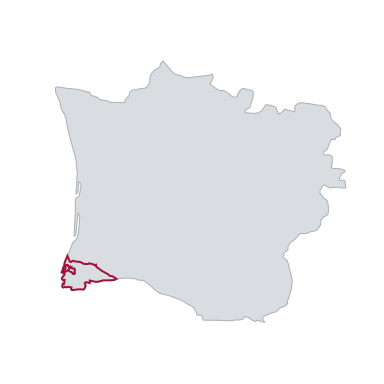 where Sud-Comoé sits in Ivory Coast, rotated 99°
{"feature_id": "CIV-3462", "entity_name": "Sud-Comoé", "entity_type": "Region", "adm_level": 1, "iso_a3": "CIV", "parent_name": "Ivory Coast", "parent_adm1": "", "projection": "natural_earth1", "projection_center": [-3.177, 5.67], "detail": "fine", "context": "in_parent", "style": "outline", "palette": "rose", "viewbox_px": 384, "rotation_deg": 99, "n_neighbors": 0, "source": "natural_earth", "source_scale": "10m", "svg_char_len": 5960}
<svg xmlns="http://www.w3.org/2000/svg" viewBox="0 0 384 384"><g transform="rotate(99 192 192)"><path d="M92.9,67.4L94.1,67.3L97.2,66.3L100.1,63.9L102.8,58.8L106.4,54.8L110.4,55.1L111.6,54.3L113.0,54.2L114.7,56.9L116.4,58.9L117.6,58.9L118.5,62.8L125.9,64.4L129.0,65.4L131.7,68.2L132.6,68.3L133.7,67.7L134.6,66.7L134.8,65.7L133.6,63.1L134.2,60.9L135.4,58.8L137.3,58.7L140.1,58.1L143.4,58.1L145.8,58.5L146.8,56.5L145.9,50.8L146.2,47.6L146.6,45.0L147.5,43.9L151.1,47.2L154.5,48.4L156.9,48.5L157.5,47.9L156.5,44.3L156.8,43.2L157.7,42.5L159.3,42.2L163.5,40.7L164.0,41.0L164.8,46.7L164.4,48.6L165.3,52.5L166.4,56.1L166.3,57.5L165.4,59.8L164.3,61.8L164.4,62.7L166.1,64.1L169.3,65.5L172.7,65.8L174.6,63.7L176.5,62.0L177.9,60.5L178.4,58.2L180.5,56.6L186.6,54.5L192.2,54.2L193.6,54.9L196.1,58.0L199.3,60.2L204.2,59.9L207.8,61.2L210.9,63.6L212.9,69.0L215.2,72.9L216.1,78.4L219.7,81.3L222.5,82.6L226.3,86.7L230.2,88.7L234.2,88.2L236.1,90.3L239.1,91.8L242.2,91.9L244.8,87.3L248.3,85.5L257.2,81.8L260.7,80.1L264.3,79.0L272.8,78.7L280.8,79.8L284.7,80.7L287.4,80.1L290.0,82.3L292.7,86.9L294.8,88.4L297.1,90.0L298.7,93.6L300.6,97.2L301.7,98.8L304.1,102.4L306.1,102.4L308.1,100.9L309.0,99.7L309.4,102.1L308.6,105.9L308.8,108.3L309.9,109.2L309.3,112.2L306.9,117.4L306.9,120.5L309.2,121.4L310.9,124.7L311.9,130.2L312.9,132.1L313.0,133.2L314.7,146.7L316.8,160.2L315.5,161.9L313.6,162.5L312.5,163.1L312.1,164.3L312.9,166.2L312.4,167.9L310.1,169.0L305.2,173.3L304.8,175.0L303.5,178.7L302.4,180.9L300.8,185.1L298.3,196.0L297.3,205.1L297.2,207.9L296.2,209.8L295.0,212.6L289.7,220.4L286.9,226.7L287.3,229.5L287.4,232.3L286.6,234.3L286.8,239.6L287.4,244.1L288.4,248.5L292.3,261.0L294.3,268.6L295.6,274.7L296.7,278.8L297.7,280.4L298.1,282.0L303.9,283.1L305.0,284.0L306.6,292.0L306.3,295.6L305.2,296.9L305.3,300.0L305.0,303.8L304.1,305.3L300.9,305.4L298.7,306.9L295.8,306.3L295.5,305.4L294.0,305.0L289.7,302.9L290.4,296.0L288.4,295.7L286.9,296.6L283.8,304.9L282.4,306.3L260.9,302.0L256.3,298.6L250.7,297.8L241.0,298.2L233.0,299.2L230.7,301.3L250.9,300.1L253.1,300.3L254.1,301.6L228.5,304.3L218.8,306.0L215.9,305.5L213.7,302.9L203.1,302.5L200.9,303.4L199.6,305.4L203.8,304.9L210.4,304.8L212.1,306.3L191.5,308.3L177.2,312.0L171.2,314.8L151.2,323.8L139.0,328.1L135.9,329.7L130.3,334.1L123.2,336.9L115.2,342.1L110.4,343.3L109.3,341.6L109.2,332.8L108.5,321.0L108.8,316.5L109.4,312.2L109.4,308.7L111.9,307.4L112.5,305.9L112.9,301.3L115.1,297.1L115.2,289.8L115.9,288.3L116.4,286.4L115.4,281.6L114.2,272.6L113.6,272.0L113.0,272.4L111.8,272.5L106.8,269.4L102.9,268.9L100.2,266.2L100.0,263.2L98.7,261.4L97.8,257.9L96.4,253.9L92.6,251.5L89.1,250.9L86.5,251.4L83.5,251.3L80.1,249.9L77.8,248.4L75.6,245.4L73.5,243.1L71.8,243.4L69.8,242.8L67.9,241.8L67.2,240.9L75.5,231.6L78.3,227.0L78.7,224.2L78.7,221.4L79.6,218.5L79.9,214.1L75.3,198.0L74.2,193.1L72.9,191.6L72.2,191.1L74.5,189.0L77.7,189.5L82.6,191.1L83.6,189.6L87.4,181.5L87.3,178.5L86.9,176.4L89.1,170.8L90.8,168.7L91.7,166.4L91.5,163.2L90.2,162.0L88.4,162.3L86.4,161.5L83.3,159.7L81.7,158.0L82.2,150.7L82.5,148.5L83.6,147.1L85.3,146.8L90.2,146.6L94.1,147.4L97.6,147.9L99.4,147.9L100.9,150.1L102.8,152.3L104.6,152.3L105.2,150.6L104.8,143.4L103.7,139.6L101.1,135.9L94.2,132.7L94.1,128.3L94.8,123.6L96.3,121.8L101.4,118.8L100.5,117.1L98.9,115.4L95.7,113.7L96.4,107.9L96.6,102.9L93.9,103.4L91.1,103.7L88.7,102.1L86.8,99.1L86.4,90.6L86.5,80.7L86.1,76.4L86.9,74.1L89.3,71.9L91.9,69.1L92.9,67.4ZM293.0,306.4L291.9,308.3L286.5,307.1L287.8,305.5L293.0,306.4Z" fill="#d9dde1" stroke="#a8b0b8" stroke-width="1"/><path d="M289.6,253.2L289.7,253.4L290.9,254.6L291.8,257.3L293.0,265.2L293.6,266.9L295.2,270.2L295.7,272.0L295.8,273.7L295.4,279.1L298.0,278.8L297.6,281.8L297.8,283.0L298.8,283.6L299.6,283.5L300.9,282.6L301.6,282.3L304.5,283.2L305.1,283.7L305.4,284.3L305.5,285.0L305.6,287.5L306.4,290.9L307.5,294.0L307.6,294.8L307.5,295.6L307.1,296.2L306.6,296.3L305.2,296.1L304.9,299.0L305.1,299.6L305.6,300.6L305.8,301.1L305.8,301.6L305.6,302.5L305.7,303.0L305.8,303.1L306.3,303.7L306.5,304.0L306.2,304.9L305.6,305.4L304.6,305.5L303.0,305.4L302.9,304.1L301.5,303.9L299.9,304.1L298.8,304.1L299.1,305.1L298.9,306.0L298.3,306.8L297.5,307.1L296.9,306.8L294.7,305.7L294.0,305.1L293.2,305.3L291.6,305.4L290.9,305.8L290.6,304.9L289.9,303.8L289.2,302.9L288.5,302.5L288.2,302.1L288.6,301.4L289.3,300.7L289.5,300.5L289.7,299.9L289.8,298.5L290.1,297.9L290.6,297.5L291.1,297.4L291.4,297.1L291.5,296.2L291.4,295.4L291.1,295.1L290.6,295.0L289.9,295.0L289.7,295.1L289.5,295.3L289.2,295.6L288.8,295.7L288.5,295.6L287.9,295.4L287.6,295.3L287.2,295.5L286.4,296.1L285.9,296.3L286.3,297.4L286.5,298.4L286.2,299.1L285.0,299.2L285.2,299.6L285.2,299.9L285.0,300.2L284.7,300.5L285.1,300.8L285.3,300.9L285.0,300.9L285.4,301.1L285.8,301.2L286.3,301.2L286.7,301.2L286.7,301.5L286.3,301.7L285.7,301.7L285.3,301.8L284.9,302.1L284.6,302.5L284.4,303.0L284.2,303.5L283.7,303.2L283.5,303.3L283.5,303.7L284.2,304.1L283.9,304.7L284.2,305.1L284.7,305.3L285.3,305.4L283.8,306.8L281.1,306.7L274.5,305.1L279.1,302.3L280.1,301.3L280.1,301.0L280.0,300.8L280.0,300.5L279.8,300.4L279.7,300.2L278.9,299.4L278.7,299.1L278.6,298.9L278.6,298.6L278.5,298.3L278.5,298.1L278.9,296.0L278.6,292.6L278.6,291.4L278.7,290.9L279.5,288.9L279.9,287.7L279.9,287.2L279.9,286.8L279.9,286.6L279.8,286.4L279.7,286.0L279.5,283.9L279.4,283.5L279.3,283.3L279.2,283.1L279.0,282.9L278.8,282.8L278.6,282.6L278.6,282.1L278.8,278.4L279.0,278.0L279.4,277.4L279.6,277.0L279.6,276.8L279.4,276.4L278.8,275.5L280.5,275.0L280.7,274.9L280.8,274.8L281.0,274.6L283.9,268.9L286.4,262.0L286.8,261.3L287.2,260.9L287.4,260.6L287.6,260.4L287.7,260.1L287.7,259.6L287.7,259.1L287.6,258.1L287.6,257.8L287.9,256.6L289.6,253.2L289.6,253.2ZM291.9,307.4L291.7,308.2L289.9,307.7L285.9,307.2L285.3,306.9L285.4,306.2L286.2,305.4L287.0,304.8L288.1,305.1L288.4,305.3L288.5,305.6L288.6,305.9L288.7,306.1L289.0,306.2L289.9,306.6L290.1,306.6L290.2,306.4L290.6,306.7L291.2,307.4L291.7,307.4L291.9,307.4Z" fill="none" stroke="#9f1239" stroke-width="2"/></g></svg>